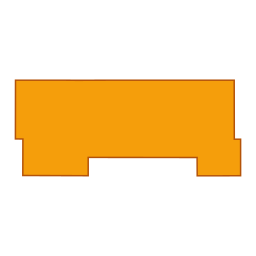 outline of Bottineau, North Dakota, United States of America
{"feature_id": "52423323B86057678992941", "entity_name": "Bottineau", "entity_type": "district", "adm_level": 2, "iso_a3": "USA", "parent_name": "United States of America", "parent_adm1": "North Dakota", "projection": "robinson", "projection_center": [-100.84, 48.772], "detail": "fine", "context": "isolated", "style": "filled", "palette": "amber", "viewbox_px": 256, "rotation_deg": 0, "n_neighbors": 0, "source": "geoboundaries", "source_scale": "gbopen_adm2", "svg_char_len": 375}
<svg xmlns="http://www.w3.org/2000/svg" viewBox="0 0 256 256"><path d="M88.2,175.7L88.2,157.4L197.1,157.5L197.2,175.8L218.8,175.8L240.6,175.7L240.6,139.2L234.3,139.2L234.2,80.2L192.7,80.2L192.4,80.2L128.1,80.2L111.7,80.2L77.1,80.3L63.8,80.2L56.3,80.2L22.0,80.2L15.5,80.2L15.4,138.9L22.9,139.0L22.8,175.5L88.2,175.7Z" fill="#f59e0b" stroke="#b45309" stroke-width="1.5"/></svg>